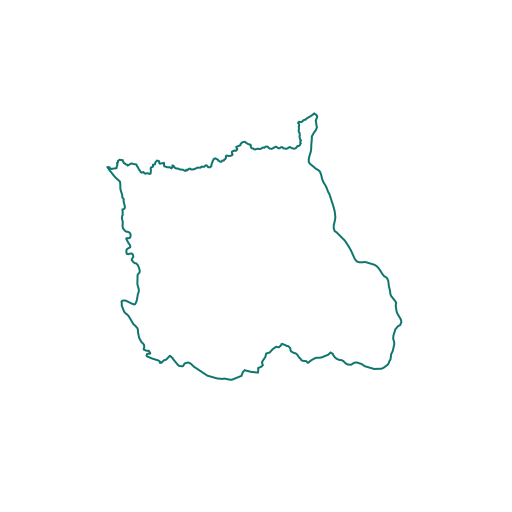 Guadalupe, Huila, Colombia (Robinson projection), rotated 310°
{"feature_id": "7082276B74381710029853", "entity_name": "Guadalupe", "entity_type": "district", "adm_level": 2, "iso_a3": "COL", "parent_name": "Colombia", "parent_adm1": "Huila", "projection": "robinson", "projection_center": [-75.679, 1.985], "detail": "fine", "context": "isolated", "style": "outline", "palette": "teal", "viewbox_px": 512, "rotation_deg": 310, "n_neighbors": 0, "source": "geoboundaries", "source_scale": "gbopen_adm2", "svg_char_len": 6139}
<svg xmlns="http://www.w3.org/2000/svg" viewBox="0 0 512 512"><g transform="rotate(310 256 256)"><path d="M402.6,209.0L399.0,208.2L393.5,206.3L392.2,206.3L391.5,205.5L390.3,205.1L388.3,204.9L387.2,204.0L386.5,202.7L385.2,202.6L384.8,203.2L384.7,204.2L383.6,205.3L382.3,205.8L381.3,207.0L379.4,208.1L378.6,209.1L378.2,210.5L377.4,211.0L376.5,212.1L375.3,212.7L373.7,214.7L373.7,215.7L373.4,216.2L371.9,216.4L371.0,217.9L370.2,217.8L369.5,218.3L368.7,218.3L367.7,218.0L366.9,217.1L365.2,217.3L363.6,216.9L362.7,216.2L362.2,215.5L361.4,213.2L361.3,212.0L360.4,211.4L358.7,211.0L358.0,210.5L357.3,209.8L356.1,207.8L356.3,206.6L355.9,205.6L355.2,205.2L353.9,204.9L353.0,204.1L352.8,203.2L352.8,201.6L352.2,200.7L349.4,199.7L348.3,199.2L347.8,198.6L347.1,197.3L347.0,196.4L347.3,194.9L346.6,193.7L345.8,193.0L344.5,192.9L343.2,191.3L341.9,191.1L340.8,190.5L339.9,189.5L339.2,188.2L337.3,187.0L336.6,186.2L336.5,184.9L335.9,183.6L335.9,182.5L336.5,181.5L337.5,180.9L337.7,180.1L337.2,179.4L336.6,177.5L336.3,175.5L336.4,174.2L336.0,173.7L334.3,172.4L332.1,172.2L331.2,172.7L330.1,172.6L329.3,171.9L328.1,171.5L327.1,170.8L326.2,171.6L325.9,172.9L325.1,173.1L323.9,173.1L323.5,172.8L322.9,171.6L322.3,171.5L321.4,170.8L320.5,170.6L319.5,171.2L318.7,172.8L317.4,172.8L315.1,171.0L314.4,169.4L313.7,168.8L313.0,168.8L312.0,169.8L311.4,170.0L310.3,170.1L309.6,169.7L308.5,170.0L307.3,168.8L306.3,168.9L305.7,168.7L305.3,168.1L304.9,165.9L305.3,164.8L304.8,163.3L304.8,162.3L303.8,161.5L302.8,161.4L300.5,161.9L299.6,162.4L298.1,162.8L296.1,164.0L294.5,163.8L294.0,163.4L293.7,162.6L293.3,162.2L293.7,160.1L293.4,159.5L292.8,159.1L291.2,159.0L289.8,157.6L289.4,156.8L288.0,156.7L286.0,154.3L283.8,153.4L282.0,152.3L280.7,150.8L280.4,150.1L280.6,149.7L280.1,148.8L279.2,148.6L278.8,148.3L277.7,148.4L277.3,147.4L277.0,147.6L275.7,147.2L275.1,144.5L273.4,142.1L272.7,139.7L272.3,139.5L271.4,137.8L271.5,136.7L271.9,135.9L271.7,135.1L272.0,134.6L271.9,134.1L271.6,133.9L271.2,134.0L270.1,135.0L268.7,134.7L268.6,132.9L267.7,132.0L266.9,130.9L266.3,129.1L265.8,128.3L265.9,127.8L266.7,126.9L268.0,126.0L268.1,125.6L265.0,123.1L265.0,122.2L266.1,121.1L266.3,120.5L265.4,118.8L263.0,118.8L261.3,119.6L259.6,118.5L258.4,119.6L256.1,118.7L255.2,119.1L254.3,120.3L251.6,122.1L251.1,122.2L250.5,121.7L249.5,119.4L248.0,118.4L247.7,117.5L247.9,115.8L246.3,114.8L246.1,113.8L246.7,112.7L247.0,110.8L248.1,108.4L248.3,107.2L249.1,105.8L249.1,105.3L247.8,103.3L246.8,101.0L242.9,99.6L243.1,98.5L242.4,97.3L242.6,96.1L242.3,95.1L242.7,94.5L242.8,93.4L243.7,92.4L243.5,91.9L242.6,90.7L242.2,89.7L240.1,89.2L239.0,90.1L237.8,89.8L236.7,91.3L235.1,91.7L233.9,92.6L233.3,92.5L231.8,91.0L229.8,89.4L229.5,88.3L229.6,86.3L229.2,85.6L228.6,85.2L227.8,87.5L226.2,95.3L225.8,97.6L225.6,103.8L224.3,105.4L220.0,109.2L216.7,114.3L215.2,115.7L214.8,116.6L214.6,118.0L212.7,119.5L209.6,123.8L208.6,124.5L207.9,124.7L207.2,124.7L205.8,123.8L205.2,124.2L204.2,125.4L201.7,127.5L200.8,127.7L198.9,128.8L196.4,132.1L193.3,134.4L192.5,135.3L191.7,136.3L191.1,139.3L191.2,140.8L192.2,142.5L192.6,143.9L192.4,145.2L191.5,146.4L189.6,147.7L189.0,147.7L187.9,147.2L186.4,145.4L185.7,145.7L184.1,149.6L183.4,152.2L182.2,153.9L181.5,153.9L178.7,152.8L177.3,153.0L176.5,153.4L174.8,155.2L174.6,155.8L175.4,157.1L176.6,157.8L178.0,159.1L178.1,159.8L177.7,161.2L176.6,162.5L173.8,162.9L173.1,163.3L172.5,165.8L172.6,167.7L173.3,168.9L173.1,171.2L171.6,174.2L169.8,176.6L168.4,177.4L166.6,177.3L165.3,177.5L158.1,183.3L155.3,187.4L154.1,188.6L152.6,189.4L150.9,190.0L145.6,193.1L143.5,193.9L141.5,194.3L140.7,194.0L139.8,191.9L138.1,184.9L137.0,183.4L135.8,182.3L134.6,182.3L133.2,183.9L131.8,184.9L129.3,189.4L128.5,191.2L128.2,193.3L128.4,194.5L128.1,197.1L124.9,206.2L125.0,208.0L124.5,211.3L123.9,212.6L121.4,215.0L118.2,219.1L116.5,223.3L116.3,225.8L115.9,227.4L114.3,229.1L112.7,229.6L112.2,230.2L112.8,232.4L113.5,233.7L114.3,234.5L114.4,235.1L113.6,237.4L113.2,237.6L111.1,235.6L109.3,236.2L109.1,237.0L110.7,242.4L113.2,248.3L113.4,250.6L112.5,251.0L112.9,251.7L113.5,252.2L116.8,252.5L118.9,253.8L123.8,254.1L124.3,254.5L124.1,257.9L123.7,258.8L122.4,266.0L122.4,267.8L124.2,270.5L125.0,270.9L127.1,270.5L128.2,270.6L129.6,271.5L130.9,272.6L131.6,275.3L131.3,279.6L133.1,295.7L137.2,304.9L140.1,309.1L141.9,310.7L143.7,314.2L145.6,317.0L154.8,321.9L158.5,320.6L161.2,320.7L164.0,326.6L167.9,332.4L169.6,331.5L171.5,329.7L174.8,331.3L176.7,331.4L178.3,329.0L180.1,328.5L184.6,328.1L187.8,326.5L190.9,328.5L195.6,328.7L199.4,329.8L200.8,332.2L203.6,332.6L205.0,332.2L205.5,332.5L206.7,336.2L206.7,337.0L207.7,338.8L207.5,341.0L207.2,341.8L205.9,343.1L205.5,344.1L206.0,347.2L206.8,348.7L207.0,350.0L206.9,351.1L206.0,354.0L205.9,356.3L205.4,357.4L205.4,358.1L206.2,360.0L207.7,362.0L207.5,364.3L208.2,364.8L209.4,364.8L212.4,365.6L215.8,367.0L217.1,367.9L219.4,370.6L221.5,372.1L222.8,372.6L226.6,374.7L230.0,375.2L230.4,377.8L229.9,378.3L229.2,380.8L229.0,383.0L229.2,384.2L230.0,386.9L231.0,388.0L231.7,390.3L231.4,392.9L231.5,394.9L231.8,395.7L232.5,397.1L234.1,398.9L236.5,399.5L238.2,400.5L239.3,401.8L241.1,406.3L241.5,410.2L245.4,419.1L250.3,424.6L252.5,425.6L257.6,426.8L259.7,426.4L261.0,425.8L263.2,425.5L267.8,422.6L270.9,421.9L277.0,418.8L278.6,417.5L281.0,414.1L283.4,412.4L286.7,411.0L289.5,409.9L293.2,409.9L295.8,410.8L298.8,409.9L300.5,407.8L302.8,401.3L303.9,399.3L307.8,394.9L310.2,393.5L310.9,391.9L312.2,385.3L313.2,383.4L315.5,381.0L318.3,377.2L321.8,373.5L322.9,371.5L323.4,369.9L322.9,367.2L323.4,364.5L325.4,358.2L325.8,354.9L325.4,352.3L321.6,343.5L319.4,341.4L317.5,339.0L316.6,336.6L317.2,333.7L321.1,325.6L322.9,320.9L324.9,314.1L325.9,302.8L325.7,300.1L327.2,297.7L329.9,295.5L332.3,294.5L336.4,292.1L339.5,289.0L341.0,287.3L343.7,283.5L350.5,272.6L351.5,270.0L353.7,266.1L354.8,263.5L355.8,260.3L357.1,257.8L360.2,253.5L361.6,251.1L361.9,248.9L361.3,245.5L361.4,242.3L361.3,238.6L361.8,236.2L363.6,234.5L365.8,233.2L371.1,230.9L373.0,229.8L377.2,226.5L380.8,224.1L383.5,221.9L387.8,221.1L391.0,220.9L393.6,220.0L398.2,214.7L402.1,213.4L402.8,212.0L402.7,211.3L402.9,211.0L402.6,210.6L402.6,209.0Z" fill="none" stroke="#0f766e" stroke-width="2"/></g></svg>